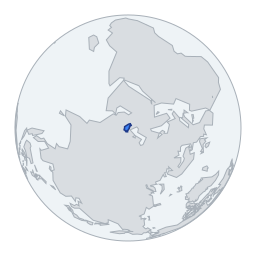 Semnan on an orthographic globe, rotated 149°
{"feature_id": "IRN-3215", "entity_name": "Semnan", "entity_type": "Province", "adm_level": 1, "iso_a3": "IRN", "parent_name": "Iran", "parent_adm1": "", "projection": "orthographic", "projection_center": [54.411, 35.84], "detail": "coarse", "context": "on_globe", "style": "filled", "palette": "blue", "viewbox_px": 256, "rotation_deg": 149, "n_neighbors": 0, "source": "natural_earth", "source_scale": "10m", "svg_char_len": 10769}
<svg xmlns="http://www.w3.org/2000/svg" viewBox="0 0 256 256"><g transform="rotate(149 128 128)"><circle cx="128" cy="128" r="113" fill="#eef3f6" stroke="#a8b0b8"/><path d="M133.2,15.5L136.8,16.0L148.1,18.4L153.4,19.2L150.9,19.2L162.2,21.3L169.4,24.0L160.1,21.0L158.3,20.8L162.7,22.4L161.8,22.6L163.5,23.6L162.0,23.7L156.7,22.3L155.6,22.4L158.8,23.6L159.4,24.8L154.9,22.9L155.3,24.8L146.5,23.4L135.7,19.5L129.7,19.9L115.5,19.4L115.7,20.0L110.5,20.7L108.7,21.7L106.6,21.6L107.1,22.6L109.3,22.5L110.3,23.0L109.5,23.7L106.6,23.6L106.6,23.2L105.3,23.6L104.3,23.2L104.3,23.8L101.0,23.7L103.1,24.9L99.3,25.8L97.5,25.5L99.3,24.1L99.5,20.8L98.2,20.6L94.4,21.4L83.8,25.6L81.7,26.2L77.5,28.0L77.9,28.1L81.3,26.9L81.1,28.0L85.3,26.6L85.8,27.0L89.4,26.4L87.1,28.2L82.8,30.2L79.7,30.9L77.7,31.9L79.2,32.8L72.0,35.9L64.8,41.2L63.1,42.0L62.4,40.3L66.1,36.2L65.3,35.2L64.0,37.7L59.8,40.0L58.3,41.3L57.5,42.4L58.3,42.3L56.5,43.6L57.1,41.4L58.8,40.1L58.6,40.7L60.3,38.9L60.7,38.0L58.5,39.5L60.2,38.0L67.3,33.1L74.8,28.7L82.6,24.9L90.6,21.7L98.9,19.2L107.3,17.3L115.9,16.0L124.5,15.4L133.2,15.5ZM136.2,15.7L135.1,15.6L136.2,15.7ZM157.4,20.0L155.0,19.3L157.7,20.0L157.4,20.0ZM163.9,23.7L164.9,23.9L165.3,24.4L163.9,23.7ZM90.5,25.6L90.0,26.0L89.5,25.9L90.5,25.6ZM92.5,25.0L92.4,24.6L93.4,24.2L93.5,24.5L92.5,25.0ZM163.5,25.1L163.9,25.9L162.6,24.8L163.5,25.1ZM92.4,25.7L95.1,23.7L96.8,23.2L98.4,23.9L92.4,25.7ZM163.5,26.2L164.5,28.5L166.7,29.0L160.9,29.0L162.0,26.9L160.0,25.4L162.2,26.2L163.5,26.2ZM110.4,22.2L108.0,22.3L110.8,21.6L110.4,22.2ZM112.0,21.7L119.2,19.4L122.5,19.8L119.4,20.4L124.2,20.6L122.2,21.9L119.1,22.1L117.4,21.5L117.9,22.5L112.0,21.7ZM157.5,28.8L156.9,29.2L156.5,28.5L157.5,28.8ZM110.9,23.2L112.1,22.6L114.9,22.8L113.1,24.1L112.8,23.6L110.9,23.2ZM126.4,20.2L128.2,20.7L127.1,21.8L127.6,22.2L122.4,22.0L126.4,20.2ZM111.7,23.9L112.1,24.7L110.0,25.3L109.9,23.8L111.7,23.9ZM116.5,22.4L117.7,22.7L116.4,22.9L116.5,22.4ZM102.8,28.1L104.1,27.2L105.7,27.2L102.8,28.1ZM112.4,25.0L113.1,24.8L113.9,24.8L113.7,25.5L112.4,25.0ZM122.0,22.9L121.1,23.3L124.1,23.0L123.3,24.0L120.0,23.7L121.1,24.3L120.9,24.6L118.4,24.1L122.0,22.9ZM115.9,26.1L111.4,26.4L108.5,27.9L107.0,27.9L111.9,25.4L115.9,26.1ZM117.6,24.9L116.2,25.6L115.0,25.1L115.2,24.4L117.6,24.9ZM124.1,24.9L126.0,23.4L126.7,23.5L124.1,24.9ZM115.3,26.6L116.4,26.6L115.3,26.8L115.3,26.6ZM121.6,25.5L122.3,24.9L123.0,25.1L121.6,25.5ZM118.1,27.1L116.7,27.1L116.8,26.5L118.1,27.1ZM119.9,26.4L120.8,26.8L117.7,26.3L120.1,26.1L119.9,26.4ZM122.3,25.7L122.9,25.6L121.9,26.0L122.3,25.7ZM118.6,29.4L114.7,28.9L114.9,27.5L118.7,28.2L118.6,29.4ZM25.7,143.6L24.4,124.5L27.0,120.5L28.9,113.5L48.6,101.1L51.1,105.1L64.8,109.7L66.2,111.6L62.9,116.6L71.7,128.5L76.6,125.0L86.4,132.2L94.0,133.9L99.7,123.7L87.3,120.7L86.9,114.8L98.2,112.7L109.2,115.6L109.4,113.4L103.8,107.4L107.8,104.1L102.1,105.0L103.3,107.6L99.8,108.3L98.4,106.1L99.9,104.9L96.9,103.2L90.7,109.6L91.3,112.9L82.7,111.8L82.9,117.3L80.1,118.9L78.7,110.2L79.9,107.6L76.1,97.2L74.1,99.8L77.5,109.9L75.8,108.6L73.0,112.6L73.7,108.5L70.5,97.2L63.8,95.8L52.6,102.6L49.2,101.3L47.5,96.9L54.1,87.0L61.0,91.2L63.5,88.2L64.3,81.8L66.3,83.8L67.5,81.9L70.3,83.3L76.4,80.6L79.6,81.7L84.1,76.3L86.4,76.2L83.0,79.3L82.5,82.2L90.6,85.3L92.8,84.6L95.1,80.9L97.1,82.4L98.2,78.5L104.0,78.7L97.9,75.4L100.4,71.5L105.0,69.4L104.7,67.7L97.3,71.1L95.3,73.0L95.3,75.6L88.9,81.0L85.6,81.0L88.2,73.4L83.9,72.7L87.8,67.6L105.6,60.9L111.9,60.6L118.0,68.3L115.4,70.4L111.8,68.6L113.2,73.8L114.0,71.6L115.6,73.0L118.4,70.0L119.7,70.8L120.2,66.7L122.1,67.4L121.7,70.0L127.5,66.6L132.0,67.5L132.7,66.3L132.1,64.9L138.2,67.1L138.5,66.2L136.6,65.1L135.8,62.6L136.8,59.2L138.8,60.2L138.8,61.5L141.7,66.0L141.1,69.7L142.1,69.8L143.0,66.8L139.5,61.3L139.5,59.0L141.6,61.3L140.8,60.3L141.5,59.5L144.1,59.7L142.0,57.1L146.4,47.8L151.8,47.6L153.2,50.5L158.4,46.0L164.1,46.7L162.3,45.6L163.7,43.1L161.9,42.8L161.1,42.1L163.7,36.3L165.9,35.9L165.0,32.7L164.1,32.2L162.5,32.3L160.9,29.0L166.7,29.0L168.5,30.1L171.0,29.6L174.7,32.3L178.8,34.5L181.4,38.2L184.5,39.9L185.1,39.5L189.8,41.8L197.2,48.1L188.5,44.4L176.8,36.5L181.3,39.7L179.5,39.5L180.6,41.1L183.9,43.5L184.8,43.4L185.9,51.0L192.2,59.6L193.7,57.0L196.9,57.9L205.4,66.9L210.9,84.3L215.2,86.9L216.9,89.8L216.4,93.2L213.9,89.1L211.4,89.1L210.1,86.5L208.5,91.0L206.4,87.4L206.2,93.0L208.7,95.0L210.9,92.1L211.5,98.8L216.5,101.5L219.5,107.3L219.2,121.7L215.3,128.7L215.6,130.8L212.8,130.1L210.9,135.8L217.7,143.7L218.1,146.8L214.2,155.6L213.8,153.5L206.4,151.6L206.4,159.5L212.0,162.7L214.0,168.5L210.3,168.5L208.1,163.5L205.4,162.7L205.2,156.1L201.2,147.7L197.3,151.5L196.7,147.5L190.5,141.2L184.4,146.3L175.3,160.0L175.6,170.2L171.8,175.4L163.5,162.7L160.8,153.1L157.1,154.7L149.1,147.1L133.3,147.7L131.6,145.0L128.5,146.3L123.0,143.6L120.7,139.0L117.1,139.1L123.3,151.0L127.3,150.9L131.4,146.4L132.4,150.6L137.8,154.1L129.6,163.9L107.2,171.2L106.0,163.5L94.4,139.8L95.3,137.4L95.3,137.1L95.2,136.6L93.1,140.4L91.4,135.6L96.5,152.1L96.9,158.6L106.8,171.6L105.6,172.7L109.2,175.4L121.7,173.4L121.5,175.8L115.0,186.6L98.5,198.9L101.4,207.9L101.2,214.7L92.4,217.4L94.6,222.2L90.3,222.8L90.9,225.2L88.2,226.6L83.2,227.0L73.2,223.4L71.4,221.2L64.6,215.1L54.7,200.6L56.1,195.9L54.7,190.7L47.5,175.9L49.0,170.0L47.4,166.1L43.9,164.8L42.1,160.1L40.1,158.7L28.5,151.5L25.7,143.6ZM40.0,110.1L39.1,112.1L40.0,110.1ZM119.9,124.4L127.2,125.3L125.8,118.1L128.5,118.0L127.0,115.7L125.6,117.6L122.3,111.3L126.1,109.6L126.2,106.5L123.7,106.0L117.2,110.4L122.0,119.2L119.5,121.9L119.9,124.4ZM59.8,40.1L59.7,40.4L58.5,41.6L58.4,41.3L59.8,40.1ZM57.1,46.0L54.3,48.0L56.2,46.2L55.6,46.1L58.9,42.4L62.4,42.2L60.2,42.8L57.1,46.0ZM64.4,37.8L61.8,39.9L64.5,37.6L64.4,37.8ZM71.2,70.8L71.4,72.7L69.2,74.4L65.2,73.8L68.3,71.2L71.2,70.8ZM72.2,75.1L75.9,68.2L78.6,68.5L76.5,69.4L77.9,70.4L74.8,72.1L73.7,79.5L71.8,81.6L65.4,78.9L68.6,78.5L68.1,76.6L72.2,75.1ZM80.7,52.5L82.4,50.2L86.0,53.8L84.1,55.5L79.9,54.9L79.8,52.4L80.7,52.5ZM94.7,27.5L95.1,26.9L95.9,26.9L96.2,27.4L94.7,27.5ZM103.3,27.6L93.8,30.4L93.8,29.8L88.3,32.6L86.1,32.0L89.7,30.2L83.9,32.0L86.3,30.1L82.4,31.6L90.7,27.6L92.6,26.2L91.3,27.9L93.3,28.4L94.7,28.2L100.2,26.7L105.3,24.3L108.1,24.6L108.7,25.5L107.9,26.2L106.4,25.7L106.4,26.9L103.5,26.7L103.3,27.6ZM114.2,39.5L112.7,38.1L112.3,41.7L109.5,41.0L109.6,41.5L106.9,42.0L103.8,43.4L102.7,42.8L102.0,43.7L100.1,44.1L98.7,45.1L96.4,44.5L94.5,45.7L94.4,44.7L91.8,47.1L92.7,45.1L90.4,45.6L90.7,47.3L81.3,42.9L76.7,43.1L72.4,44.4L74.5,41.2L79.9,38.1L86.6,35.8L90.7,36.3L90.9,34.9L93.0,34.8L91.9,35.9L94.7,34.1L96.2,34.4L102.1,33.1L105.2,30.7L107.5,30.3L106.9,31.4L109.5,30.3L110.1,32.2L111.7,32.0L113.8,33.8L111.9,36.2L113.8,35.8L115.5,37.3L114.2,39.5ZM119.1,29.9L117.4,32.6L115.0,33.7L112.3,30.2L110.8,30.1L109.0,28.2L112.5,26.8L112.7,27.4L113.7,27.7L112.2,28.0L114.1,28.0L114.5,29.0L116.1,29.3L115.1,30.1L119.1,29.9ZM68.9,110.3L70.2,111.1L72.4,111.8L70.7,114.5L68.9,110.3ZM66.5,102.6L67.9,102.8L66.5,106.6L65.2,105.9L66.5,102.6ZM69.7,99.8L68.0,102.5L68.2,100.6L69.7,99.8ZM84.4,79.4L85.9,79.5L85.7,80.5L84.3,81.5L84.4,79.4ZM112.4,51.1L112.0,49.8L112.7,49.5L114.0,46.7L116.2,47.1L116.3,49.0L112.4,51.1ZM97.0,125.2L94.1,126.7L93.2,125.5L94.4,125.2L97.0,125.2ZM81.3,120.8L84.3,123.2L80.8,121.5L81.3,120.8ZM115.1,51.0L115.3,49.8L116.3,50.8L115.1,51.0ZM117.9,47.3L119.2,48.2L116.6,46.8L117.9,47.3ZM146.7,238.7L147.9,238.7L146.0,239.0L146.7,238.7ZM120.5,215.5L115.0,225.8L109.6,225.4L107.8,222.3L109.3,215.9L115.3,214.4L118.0,211.3L120.5,215.5ZM228.3,171.1L229.6,169.9L229.5,170.3L228.3,171.1ZM227.0,171.4L228.7,169.7L226.5,172.6L227.0,171.4ZM229.3,169.0L231.0,166.3L231.8,164.8L231.5,165.8L229.3,169.0ZM225.7,172.6L218.1,178.9L214.9,180.1L215.9,178.1L221.2,174.6L225.7,172.6ZM215.6,178.2L210.3,177.4L201.4,168.9L204.6,167.6L213.6,170.7L213.0,172.4L216.3,173.7L215.6,178.2ZM227.6,161.2L227.0,165.5L223.0,168.8L221.1,169.7L219.7,165.6L220.5,162.4L222.2,161.2L227.4,147.0L229.4,147.4L228.1,152.8L229.7,154.9L227.6,161.2ZM176.2,171.0L179.2,176.0L177.0,177.5L176.2,171.0ZM228.6,138.4L227.1,144.6L228.2,137.2L228.6,138.4ZM228.7,132.1L229.2,134.0L228.0,132.9L228.7,132.1ZM216.4,133.8L214.7,135.6L214.2,134.1L216.1,131.0L216.4,133.8ZM221.8,112.2L223.4,116.6L223.7,118.4L222.1,116.4L221.8,112.2ZM134.4,54.6L130.2,57.9L128.6,60.9L130.0,63.6L126.2,61.5L128.6,56.7L134.4,54.6ZM144.7,48.5L143.4,46.5L145.1,46.6L145.7,47.1L144.7,48.5ZM143.1,47.8L139.3,46.8L139.4,45.3L142.3,46.3L143.1,47.8ZM127.1,48.5L125.7,49.4L124.9,48.5L127.1,48.5ZM209.2,206.1L211.7,203.4L214.6,198.8L215.3,198.2L217.5,194.0L225.2,183.6L231.4,171.0L233.2,167.9L236.1,159.1L237.0,156.3L234.7,164.2L231.8,171.9L228.3,179.3L224.2,186.5L219.7,193.4L214.7,199.9L209.2,206.1ZM231.5,167.4L233.7,162.1L234.5,160.5L231.5,167.4ZM238.7,148.6L238.6,149.1L239.2,146.2L239.4,144.0L238.1,147.6L237.9,146.7L238.6,143.8L237.3,145.3L238.8,141.2L239.1,143.6L239.8,138.7L240.3,136.1L240.4,135.3L238.7,148.6ZM238.2,149.5L238.4,148.9L238.1,150.6L238.2,149.5ZM235.3,152.7L235.2,153.9L234.7,153.9L235.3,152.7ZM236.0,151.0L237.2,149.6L235.8,152.1L236.0,151.0ZM230.7,154.7L231.3,156.5L233.1,152.7L231.7,156.7L232.6,159.3L232.1,161.3L231.2,158.4L230.4,163.5L229.6,164.4L229.4,161.0L230.4,155.2L231.3,152.2L234.4,147.4L230.7,154.7ZM236.1,148.0L235.7,145.7L235.9,143.2L236.4,144.1L236.1,148.0ZM234.0,140.5L232.3,138.8L231.3,141.6L233.0,133.7L234.4,136.7L234.0,140.5ZM231.9,134.4L230.9,137.0L231.6,132.7L231.9,134.4ZM230.4,136.2L229.8,133.9L230.8,133.1L230.4,136.2ZM232.5,133.7L231.8,129.3L232.8,131.2L232.5,133.7ZM228.2,129.0L231.1,130.6L228.1,132.0L225.8,124.2L226.9,122.7L228.2,129.0ZM220.9,89.6L219.4,87.7L219.9,86.0L220.8,87.8L220.9,89.6ZM219.9,79.4L219.5,85.0L219.0,89.8L220.1,89.9L221.8,94.3L218.9,92.1L217.8,86.0L218.6,83.1L216.8,79.7L216.2,76.0L213.3,72.6L212.4,70.3L215.2,72.6L219.9,79.4ZM212.0,71.2L206.8,64.8L208.5,63.4L210.0,64.5L211.7,68.0L210.7,68.5L212.0,71.2ZM206.0,62.9L205.0,63.4L195.2,56.7L193.6,55.0L201.9,58.9L201.4,59.7L203.5,61.7L206.0,62.9ZM158.1,29.6L157.0,29.2L158.1,29.1L158.1,29.6ZM160.1,42.0L159.3,41.0L160.5,40.8L160.1,42.0ZM157.6,38.4L156.8,39.2L156.8,37.9L157.6,38.4ZM155.1,41.3L156.1,39.4L156.4,41.9L155.1,41.3Z" fill="#d9dde1" stroke="#a8b0b8" stroke-width="1"/><path d="M126.3,127.9L126.7,127.7L127.0,127.4L127.1,127.0L127.4,126.8L128.1,126.7L128.9,126.1L129.6,126.2L129.9,125.5L130.3,125.0L130.5,125.3L130.8,125.4L130.6,125.5L130.6,125.9L130.8,126.2L131.1,126.4L131.7,126.4L131.8,126.6L131.6,127.1L131.7,127.7L131.8,127.8L132.3,128.2L132.3,128.4L131.9,129.0L131.4,129.3L131.2,129.5L130.9,129.8L130.3,130.8L130.2,130.9L129.6,130.9L129.4,130.9L125.5,131.0L124.8,130.7L124.1,130.7L123.8,130.5L123.9,130.3L123.9,129.8L124.1,129.4L123.8,129.0L123.9,128.5L124.1,128.5L124.6,128.8L125.2,129.0L125.6,128.8L125.8,128.6L125.9,128.4L125.8,128.0L126.3,127.9L126.3,127.9Z" fill="#3b82f6" stroke="#1e3a8a" stroke-width="1.5"/></g></svg>